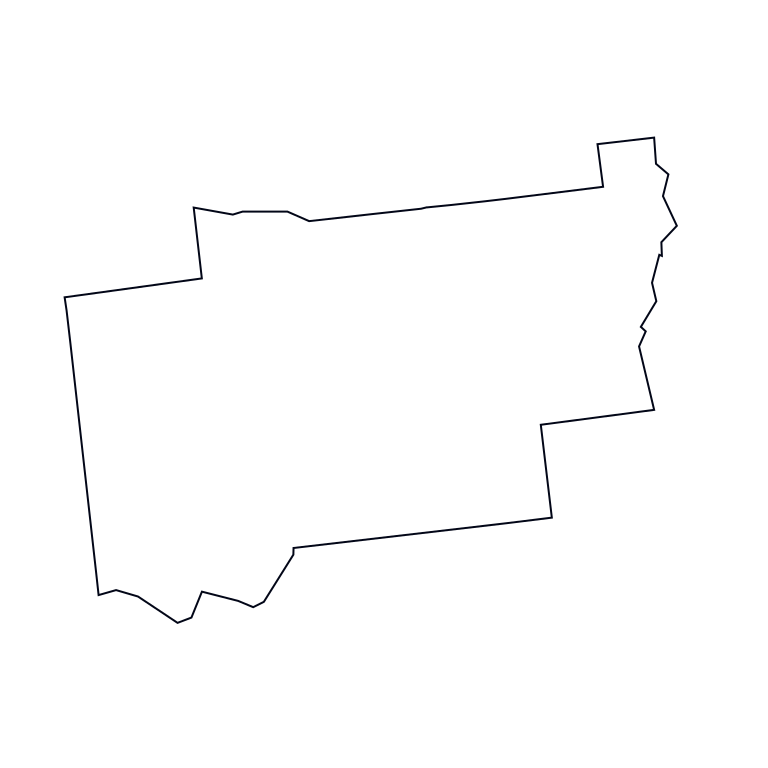 the district of Lonoke, Arkansas, United States of America, rotated 82°
{"feature_id": "52423323B67948009560092", "entity_name": "Lonoke", "entity_type": "district", "adm_level": 2, "iso_a3": "USA", "parent_name": "United States of America", "parent_adm1": "Arkansas", "projection": "natural_earth1", "projection_center": [-91.925, 34.779], "detail": "fine", "context": "isolated", "style": "outline", "palette": "ink", "viewbox_px": 768, "rotation_deg": 82, "n_neighbors": 0, "source": "geoboundaries", "source_scale": "gbopen_adm2", "svg_char_len": 745}
<svg xmlns="http://www.w3.org/2000/svg" viewBox="0 0 768 768"><g transform="rotate(82 384 384)"><path d="M176.2,139.2L219.2,139.6L217.6,237.9L217.1,259.3L216.1,292.1L215.1,316.7L215.0,317.0L215.6,322.9L214.1,372.1L212.3,435.5L199.8,455.7L193.6,500.0L195.2,510.1L182.8,547.9L254.1,549.7L253.7,688.2L267.0,688.1L300.7,688.9L530.2,695.3L553.3,696.0L550.8,678.0L560.2,657.2L591.8,621.7L588.5,607.2L564.3,593.2L578.5,558.6L586.8,544.6L583.0,533.3L540.4,497.5L533.8,496.4L538.9,282.5L539.7,236.4L446.2,234.4L447.2,120.1L382.3,126.2L368.3,117.5L363.2,121.7L339.9,102.8L321.1,104.5L294.4,93.4L295.8,91.0L282.2,89.6L268.1,72.0L236.8,81.6L216.0,73.2L203.8,84.0L177.6,82.2L176.6,123.3L176.2,139.2Z" fill="none" stroke="#020617" stroke-width="2"/></g></svg>